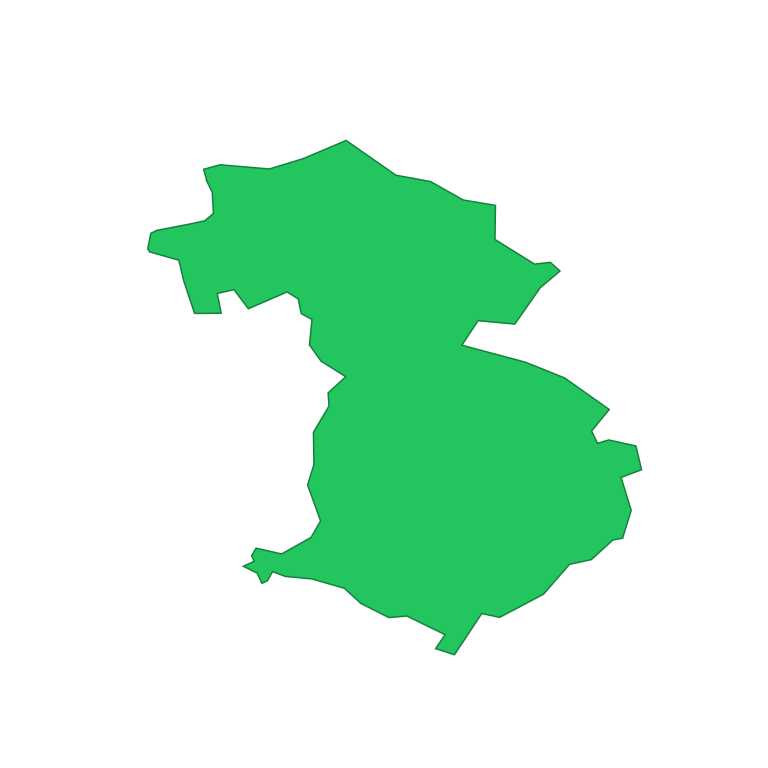 Bulungur, Samarkand, Uzbekistan, rotated 153°
{"feature_id": "79887680B67251663283691", "entity_name": "Bulungur", "entity_type": "district", "adm_level": 2, "iso_a3": "UZB", "parent_name": "Uzbekistan", "parent_adm1": "Samarkand", "projection": "mercator", "projection_center": [67.382, 39.691], "detail": "fine", "context": "isolated", "style": "filled", "palette": "green", "viewbox_px": 768, "rotation_deg": 153, "n_neighbors": 0, "source": "geoboundaries", "source_scale": "gbopen_adm2", "svg_char_len": 1179}
<svg xmlns="http://www.w3.org/2000/svg" viewBox="0 0 768 768"><g transform="rotate(153 384 384)"><path d="M449.8,646.1L450.0,632.7L458.6,613.4L469.7,610.8L486.2,615.2L516.4,624.0L523.3,624.1L533.2,611.7L532.8,608.0L510.6,587.5L515.7,566.4L520.7,532.8L496.9,521.0L491.5,540.4L474.8,536.1L470.7,512.7L428.6,510.0L421.8,498.8L425.8,484.2L418.9,474.2L432.7,452.6L429.7,432.9L414.8,407.9L437.9,401.4L443.0,389.3L468.8,373.0L483.0,344.1L497.9,328.7L502.7,290.8L518.7,280.4L552.5,279.1L572.5,295.8L579.9,291.1L580.1,285.0L592.1,285.4L582.8,272.9L583.2,261.8L577.2,261.6L568.5,267.4L559.2,257.3L536.7,243.0L512.1,220.0L504.2,198.9L485.7,173.7L469.0,166.9L443.4,132.9L458.2,124.8L444.1,110.8L401.1,135.1L386.9,123.6L337.3,124.3L300.6,139.1L279.0,133.4L251.0,141.1L241.4,138.3L221.1,159.2L215.2,193.1L193.4,190.7L187.7,214.4L209.1,232.1L220.7,234.2L220.4,247.9L194.9,259.0L220.4,307.5L248.0,339.1L297.0,383.2L271.5,397.7L240.2,378.0L201.2,398.8L175.9,404.8L180.6,416.9L195.5,422.5L219.5,462.4L203.6,492.5L229.9,512.0L250.7,543.3L278.6,564.6L307.2,618.2L353.8,621.5L388.7,627.7L430.4,653.7L447.3,657.2L449.4,646.0L449.8,646.1Z" fill="#22c55e" stroke="#15803d" stroke-width="1.5"/></g></svg>